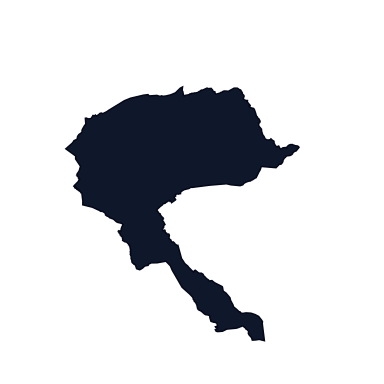 Buntesti, Bihor, Romania (Mercator projection), rotated 27°
{"feature_id": "2599482B87809505913466", "entity_name": "Buntesti", "entity_type": "district", "adm_level": 2, "iso_a3": "ROU", "parent_name": "Romania", "parent_adm1": "Bihor", "projection": "mercator", "projection_center": [22.534, 46.609], "detail": "fine", "context": "isolated", "style": "filled", "palette": "ink", "viewbox_px": 384, "rotation_deg": 27, "n_neighbors": 0, "source": "geoboundaries", "source_scale": "gbopen_adm2", "svg_char_len": 6019}
<svg xmlns="http://www.w3.org/2000/svg" viewBox="0 0 384 384"><g transform="rotate(27 192 192)"><path d="M156.4,266.3L159.4,267.3L159.5,267.6L160.0,267.3L160.4,267.7L160.7,268.4L161.5,268.6L161.7,269.3L162.3,269.7L162.6,270.4L163.3,270.8L163.1,271.0L163.8,271.9L164.1,272.8L164.0,273.0L164.7,273.7L164.7,274.2L165.3,274.7L165.2,275.4L167.3,277.3L167.8,278.7L169.9,280.8L170.0,281.3L170.6,281.9L171.6,282.3L172.7,282.2L173.0,282.7L173.8,282.5L175.2,283.2L177.5,285.5L180.7,285.0L181.9,283.3L182.8,281.5L183.3,279.8L184.0,278.9L186.2,277.3L186.0,276.1L187.9,273.6L192.9,271.0L200.2,265.5L206.3,267.6L210.0,270.7L226.5,281.4L235.8,283.8L240.1,285.3L241.2,286.0L241.7,286.9L243.1,287.6L243.8,288.4L245.3,288.7L247.6,290.4L250.1,293.5L252.0,294.1L253.2,293.9L255.0,294.1L258.3,295.0L259.7,295.1L262.6,294.2L263.7,294.2L264.5,295.0L264.9,295.8L267.6,298.6L270.4,298.2L271.9,297.6L274.0,297.7L275.6,300.2L274.0,301.4L274.6,301.9L276.4,301.4L276.5,302.5L275.3,304.1L276.8,305.1L278.3,304.7L282.4,302.2L285.3,298.3L293.2,293.3L295.3,291.3L295.7,290.6L296.7,289.8L297.1,289.1L298.1,288.3L299.0,288.2L300.0,288.8L300.6,288.6L302.3,289.6L303.2,289.5L305.6,290.4L306.1,290.9L306.1,291.8L306.3,292.3L307.5,293.3L311.1,294.7L313.0,296.6L315.9,294.9L318.8,292.8L324.0,291.6L314.3,277.3L313.7,275.6L312.4,274.7L307.8,272.6L303.7,272.6L299.6,273.2L295.0,275.2L292.1,277.3L290.1,277.6L289.3,277.0L287.9,277.3L286.5,276.7L281.0,275.4L279.9,274.1L275.6,271.1L273.8,269.0L268.1,266.6L264.8,266.2L262.3,262.9L261.8,262.6L253.2,262.6L250.0,261.9L247.7,263.5L246.7,262.9L244.3,262.6L241.3,261.5L240.8,261.6L239.2,260.3L237.3,260.1L234.9,261.2L230.5,260.2L229.8,261.0L229.9,261.6L229.7,262.5L228.9,262.5L222.9,260.5L221.9,259.9L218.6,259.2L217.0,258.5L216.2,257.9L212.9,256.1L203.6,245.9L202.9,246.4L200.4,246.0L199.6,245.4L197.8,245.0L197.2,245.7L196.8,245.7L195.8,245.3L195.1,244.4L193.6,244.2L192.8,243.7L191.9,242.6L191.7,241.2L190.8,240.2L190.4,240.0L189.0,240.9L188.1,240.2L186.7,240.3L185.3,238.4L185.0,238.3L184.3,238.9L183.9,239.8L183.6,239.8L183.5,239.4L182.4,238.7L182.8,236.5L182.3,236.3L182.5,235.7L182.0,234.6L182.7,233.3L179.6,231.1L179.0,231.2L178.4,230.9L178.3,230.3L178.7,228.9L177.7,228.5L177.7,228.0L176.7,227.9L174.7,227.0L174.0,226.9L173.7,226.5L173.8,226.1L173.4,225.9L171.8,225.9L170.8,225.1L169.4,224.5L168.8,223.4L170.4,219.0L171.5,216.9L171.5,215.7L173.2,214.2L173.4,213.4L175.6,209.7L176.5,210.3L177.0,209.5L178.6,210.8L180.7,206.9L180.9,206.3L178.4,204.8L178.9,203.6L179.3,203.0L178.4,201.9L179.3,200.7L180.9,199.8L181.1,199.9L181.5,199.3L182.5,198.7L181.9,196.9L183.8,193.6L187.7,190.2L188.4,188.9L189.2,188.1L189.9,187.9L204.6,177.9L219.0,169.0L223.4,167.9L232.0,164.5L234.0,162.5L234.3,160.7L235.6,158.7L237.5,156.7L239.2,155.5L239.5,154.5L240.2,153.9L242.0,150.8L242.6,150.1L242.5,143.1L242.7,141.5L242.1,137.8L255.8,132.2L257.3,127.5L257.8,127.1L258.5,127.0L258.9,126.2L259.2,124.6L259.0,123.1L258.6,122.2L258.8,121.3L258.7,120.4L259.5,118.5L259.7,117.3L260.2,116.7L262.7,115.0L263.8,113.6L264.2,112.5L264.1,111.2L264.4,110.3L265.2,109.0L266.1,108.2L267.1,103.7L266.3,103.2L265.1,103.1L263.0,103.9L262.0,103.9L261.4,104.2L260.0,104.1L258.0,105.2L257.0,106.4L256.5,107.6L256.1,109.1L256.3,109.7L255.0,110.0L252.9,111.4L252.0,113.1L251.7,113.5L250.8,113.4L248.4,111.7L247.9,112.0L247.8,112.7L247.1,113.4L246.3,113.0L245.5,113.0L242.8,111.1L242.5,110.7L242.5,110.2L241.8,109.5L240.2,109.4L238.2,108.8L238.0,109.9L235.8,111.4L233.2,111.6L230.9,109.8L229.0,108.9L226.3,106.1L225.4,104.5L221.6,102.9L220.3,100.8L220.3,100.5L220.7,99.7L220.8,99.0L220.7,98.4L220.4,97.9L218.2,96.4L217.5,96.5L216.0,95.4L214.8,95.0L212.9,92.9L209.9,90.0L208.8,89.6L205.9,90.3L204.6,90.1L203.9,89.6L204.7,88.8L204.6,88.5L200.2,86.6L200.2,85.8L199.9,85.3L198.7,85.9L196.1,86.2L195.5,85.5L195.0,83.9L195.0,83.2L194.4,82.4L192.1,81.6L191.8,80.8L188.9,79.0L188.2,79.3L185.3,78.9L182.4,80.3L178.5,86.0L177.3,86.2L174.7,87.5L173.8,88.5L173.4,89.5L172.5,90.2L172.1,91.1L169.1,93.9L167.2,93.2L167.1,92.5L164.6,92.6L164.3,92.3L164.2,91.9L162.0,91.0L159.6,92.5L158.2,92.6L155.2,96.4L154.4,96.7L153.7,97.6L153.8,98.2L152.9,98.9L152.1,100.5L150.4,102.1L149.8,102.3L149.7,102.7L149.1,102.7L148.5,103.4L146.9,104.3L146.9,104.7L145.6,105.5L145.5,106.2L144.6,107.1L141.7,109.3L141.6,109.9L140.7,110.0L138.4,106.9L137.0,105.8L135.9,102.7L134.4,104.8L132.3,111.1L128.9,115.1L125.3,118.2L122.7,119.9L121.3,120.1L120.3,121.1L119.0,121.6L117.0,121.8L110.3,125.8L108.6,125.2L104.9,127.7L94.6,136.4L90.3,141.4L80.6,157.2L79.7,159.0L77.2,162.4L76.2,162.9L75.4,162.8L74.3,163.8L73.3,166.7L73.0,166.6L72.3,167.8L71.0,167.3L70.5,168.6L69.9,168.5L69.8,168.9L69.0,168.9L68.8,172.2L66.8,173.8L65.8,173.9L65.6,174.2L64.3,174.1L63.5,174.7L66.6,179.8L66.1,181.5L65.9,185.4L66.0,187.0L66.7,188.0L66.8,188.4L66.2,190.3L65.2,192.0L64.9,193.5L64.9,194.7L65.5,196.4L65.4,197.5L63.5,199.9L63.5,201.1L63.1,203.0L60.0,210.8L72.0,212.7L73.3,215.4L81.0,219.7L81.9,224.4L81.4,228.5L82.2,229.0L82.4,229.5L82.2,229.8L84.1,230.1L84.1,230.6L84.5,231.2L85.9,231.4L85.8,232.3L86.1,232.2L85.8,234.7L84.1,240.0L84.1,240.3L84.4,240.2L84.3,240.5L85.4,240.9L85.5,240.5L86.0,240.9L85.8,241.4L86.1,241.5L86.2,241.3L86.5,241.5L86.9,241.3L86.9,241.0L87.2,241.0L87.2,240.7L87.5,240.7L87.9,241.8L88.7,241.9L89.0,241.6L89.1,241.8L89.7,241.4L89.9,241.5L89.7,241.9L90.3,242.0L90.4,241.7L90.6,241.7L90.5,241.9L91.0,242.3L91.9,242.1L92.1,242.4L92.9,242.5L93.4,243.1L94.3,242.9L98.9,249.7L100.5,253.0L110.0,250.8L117.1,250.5L117.4,250.2L118.4,250.6L119.6,250.6L120.8,249.9L123.7,250.1L124.7,250.7L125.4,251.7L127.2,252.0L128.8,251.8L130.2,252.3L134.4,251.8L137.6,252.7L139.2,252.9L143.5,251.9L145.3,252.2L145.4,255.4L145.7,257.1L146.4,258.8L145.4,259.5L145.4,259.9L144.4,259.7L144.1,260.4L144.3,260.7L144.8,260.6L144.9,261.0L145.9,261.4L145.9,261.6L146.6,261.5L147.2,261.9L147.1,262.2L147.4,262.8L148.4,262.9L148.8,263.4L149.7,263.5L150.3,263.9L150.6,263.8L151.1,264.8L151.4,264.9L151.4,265.2L152.1,266.0L152.2,266.6L154.9,266.8L156.4,266.3Z" fill="#0f172a" stroke="#020617" stroke-width="1.5"/></g></svg>